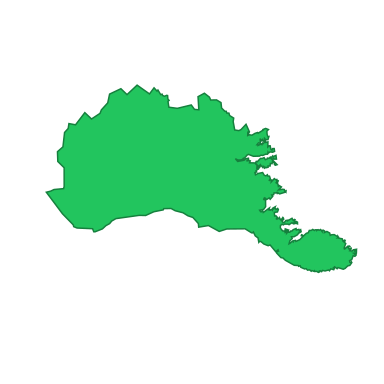 Lindesnes nor, Vest-Agder, Norway, rotated 252°
{"feature_id": "86288312B19723632220281", "entity_name": "Lindesnes nor", "entity_type": "district", "adm_level": 2, "iso_a3": "NOR", "parent_name": "Norway", "parent_adm1": "Vest-Agder", "projection": "albers", "projection_center": [7.221, 58.115], "detail": "fine", "context": "isolated", "style": "filled", "palette": "green", "viewbox_px": 384, "rotation_deg": 252, "n_neighbors": 0, "source": "geoboundaries", "source_scale": "gbopen_adm2", "svg_char_len": 6077}
<svg xmlns="http://www.w3.org/2000/svg" viewBox="0 0 384 384"><g transform="rotate(252 192 192)"><path d="M271.9,76.5L262.5,73.8L254.6,77.9L236.7,72.1L234.9,70.9L237.0,61.5L236.5,57.9L236.8,53.4L211.3,62.1L197.5,68.9L195.6,68.8L193.3,71.5L187.8,86.1L184.5,86.3L184.1,87.6L184.6,95.4L186.6,99.7L187.4,103.9L189.2,106.7L190.2,111.4L186.1,134.6L184.0,140.6L185.0,149.6L183.9,159.1L184.9,160.0L182.8,167.0L179.4,170.2L175.0,177.1L170.7,180.7L167.5,185.0L160.0,188.3L156.5,187.5L155.0,197.3L146.1,205.7L146.1,213.6L140.6,231.1L134.8,236.0L134.4,237.0L135.0,238.0L130.7,238.6L127.9,240.6L123.5,240.0L124.1,241.0L123.5,242.3L120.4,244.2L117.4,247.8L117.5,249.9L109.3,253.2L110.4,256.0L109.0,256.0L108.9,253.9L107.9,253.6L102.1,256.3L101.2,258.1L98.2,259.7L90.7,266.6L89.1,270.6L88.4,270.5L88.4,272.1L86.8,272.2L84.0,275.3L83.8,276.9L82.0,277.7L81.6,279.8L79.8,280.9L80.2,281.8L79.0,283.3L79.3,284.1L78.5,284.1L77.9,286.2L76.5,287.3L76.6,288.6L77.4,288.6L77.5,289.6L76.2,290.7L77.1,291.9L75.8,294.1L75.6,297.8L74.6,298.4L76.0,300.2L74.3,302.8L75.6,304.0L76.2,303.2L76.8,304.5L74.2,306.3L75.0,307.5L71.8,312.0L72.0,314.0L73.6,317.3L73.4,319.4L75.5,322.2L76.4,322.0L76.0,321.1L76.4,320.4L78.0,320.6L78.3,323.0L81.6,325.6L80.5,327.0L81.1,328.4L82.7,329.1L82.7,326.7L83.0,328.0L83.7,327.2L83.2,329.5L86.2,330.6L85.1,327.9L86.8,330.1L87.2,327.6L86.4,326.0L87.4,323.9L88.8,325.9L89.6,325.9L89.2,323.8L91.0,323.2L91.5,325.3L92.0,325.0L92.3,323.3L90.7,320.0L90.8,318.7L91.4,320.2L92.2,319.7L95.5,322.3L97.0,321.4L98.1,322.3L98.1,321.3L99.0,321.9L98.8,320.4L101.1,320.4L102.8,317.2L104.1,317.6L103.4,317.3L103.5,316.3L104.1,317.2L105.0,317.0L104.5,316.7L107.5,314.1L108.2,311.8L108.0,310.1L110.4,310.3L112.8,308.1L112.5,305.4L113.8,306.1L115.1,305.1L115.3,303.8L114.3,303.5L116.6,302.7L116.3,301.1L117.2,300.3L116.8,298.8L117.5,299.0L118.0,297.4L117.6,296.4L119.1,295.3L118.6,293.5L119.2,291.7L117.3,289.9L117.4,288.0L115.7,284.3L117.4,283.3L117.8,282.6L116.7,283.4L117.2,282.8L116.7,282.4L115.6,284.1L113.4,279.9L112.9,275.6L114.0,275.5L114.3,273.0L113.5,272.7L114.2,272.3L112.9,269.3L113.4,269.3L113.1,268.5L115.5,270.1L116.7,272.9L118.7,272.8L117.9,275.1L118.7,279.1L120.5,281.4L120.0,281.4L120.5,283.5L122.6,283.7L122.1,282.2L123.4,282.1L123.6,279.5L125.1,279.7L124.9,276.6L124.0,275.0L124.4,273.8L123.5,272.5L124.0,271.2L124.9,271.6L123.7,269.6L125.5,270.6L124.6,268.1L125.6,268.1L126.5,268.9L125.9,269.9L126.4,271.5L128.1,269.3L126.0,268.2L127.1,266.1L130.4,264.9L132.7,265.7L133.5,267.6L132.5,268.7L132.9,270.0L131.8,273.3L130.9,274.2L131.9,277.6L130.4,278.6L130.1,280.1L130.6,280.6L129.1,282.5L130.7,283.0L131.7,282.2L131.4,279.6L133.7,281.5L134.2,281.1L133.7,279.5L136.1,279.0L135.1,274.1L135.6,274.3L135.9,272.4L134.7,270.7L134.8,269.1L136.7,268.6L137.7,270.8L139.7,270.9L138.2,270.5L139.6,270.4L138.0,268.2L139.0,268.1L137.8,267.7L140.1,267.3L139.5,267.0L140.4,266.0L139.9,264.4L140.4,264.0L142.0,266.0L141.4,265.2L143.3,264.6L143.7,263.2L147.2,264.0L146.6,267.1L148.6,268.7L149.9,268.4L149.3,266.5L150.9,266.2L150.8,265.2L152.2,266.5L151.6,263.6L150.0,262.9L150.8,262.6L150.5,261.0L151.4,260.5L150.7,259.2L152.9,260.7L150.5,253.4L152.4,253.4L151.7,251.8L152.0,251.2L153.8,250.7L153.3,254.7L155.3,257.5L161.1,259.3L162.4,259.1L162.7,258.1L162.1,257.6L163.8,258.6L164.0,259.4L161.8,260.7L162.5,263.6L160.9,264.1L162.9,267.4L164.5,266.9L164.2,268.8L165.8,269.8L165.1,271.6L165.4,272.7L164.3,272.7L164.9,274.2L164.4,273.5L163.1,274.8L163.0,280.6L163.5,281.1L163.0,281.3L164.1,281.8L164.0,280.3L165.8,280.6L166.6,279.1L167.3,275.0L169.2,278.6L171.2,276.9L170.7,275.9L173.0,276.2L174.6,275.0L174.6,276.3L176.5,277.9L175.6,276.6L176.2,276.6L175.9,275.8L177.7,276.5L178.0,275.2L179.3,274.4L177.1,270.5L178.9,271.3L179.4,269.7L178.8,268.6L180.5,270.6L183.1,270.6L183.8,269.0L185.1,269.0L184.5,267.2L185.6,265.9L188.7,265.2L189.2,260.5L188.7,257.7L191.1,257.9L191.1,259.7L192.4,259.4L193.0,260.9L194.3,261.2L193.3,262.2L194.4,263.5L195.4,263.2L195.1,261.2L197.1,262.1L200.2,260.8L202.0,255.7L203.6,257.0L204.6,254.9L204.5,253.3L205.4,255.9L206.7,256.1L207.0,253.3L206.1,251.4L206.9,244.9L210.3,243.5L208.4,245.4L207.6,247.5L207.3,251.2L208.1,251.1L208.2,252.7L210.1,255.8L210.3,257.4L207.0,261.4L205.3,267.2L205.7,269.0L204.9,270.6L205.2,273.7L204.6,275.5L206.5,276.6L205.4,276.8L206.0,278.6L204.9,281.0L205.1,283.1L207.9,283.6L208.4,282.0L207.1,281.0L208.1,280.2L211.8,280.6L212.1,279.5L211.4,278.0L216.2,279.7L216.4,277.3L219.0,278.0L217.9,277.0L218.4,275.7L217.1,276.4L216.1,274.7L216.7,274.4L215.5,273.2L216.3,272.9L215.9,269.4L216.4,269.7L216.9,268.4L218.2,270.4L217.0,272.1L221.8,273.3L219.2,273.6L220.2,275.1L218.7,275.2L219.0,276.7L220.7,277.5L219.0,278.3L218.3,280.4L220.9,282.2L220.9,281.4L223.5,281.2L226.7,282.0L227.8,284.0L229.7,281.7L229.5,278.8L228.9,278.8L227.5,273.1L228.3,272.8L228.3,270.0L227.5,266.6L228.7,264.2L228.5,262.4L231.7,263.6L231.6,264.5L230.7,264.4L231.5,265.2L239.7,264.3L236.2,257.9L235.9,255.5L237.8,251.8L246.2,252.9L249.4,254.5L253.1,251.4L255.6,251.5L256.3,249.5L258.2,249.5L258.6,248.2L262.7,246.1L268.1,247.2L272.0,243.8L273.7,238.2L276.8,237.9L282.1,234.3L280.8,227.2L268.1,223.9L269.8,219.9L275.0,218.2L276.1,203.9L279.8,196.2L285.7,197.2L286.2,198.5L287.9,197.8L291.3,198.6L291.8,197.7L291.5,195.6L292.8,193.9L294.3,193.8L294.3,192.3L299.5,191.1L298.8,189.9L302.8,188.1L298.4,181.9L310.6,172.8L304.7,160.3L312.2,156.3L310.6,143.9L302.8,139.4L298.1,131.2L295.2,128.8L292.5,119.0L300.6,114.6L291.9,102.0L295.1,96.1L290.7,93.9L288.0,89.2L274.8,83.2L271.9,76.5ZM201.3,262.6L200.0,261.3L195.9,263.0L195.2,264.0L196.2,264.0L196.8,265.3L195.5,265.1L196.0,265.8L193.5,266.9L194.5,267.7L194.0,268.4L192.3,268.3L192.7,269.8L192.2,269.9L192.0,272.0L193.3,272.4L192.6,274.3L194.9,275.3L194.2,276.9L196.8,278.3L194.9,278.4L194.5,279.5L192.7,278.9L191.7,279.5L191.7,281.4L198.9,277.8L198.3,279.4L198.7,280.1L197.9,280.2L197.2,282.5L200.9,283.2L200.5,279.8L201.3,279.8L200.0,277.5L201.0,277.2L200.2,275.9L200.9,274.3L200.3,274.1L200.1,271.7L202.4,271.2L202.2,269.1L202.8,267.5L200.6,263.4L201.3,262.6Z" fill="#22c55e" stroke="#15803d" stroke-width="1.5"/></g></svg>